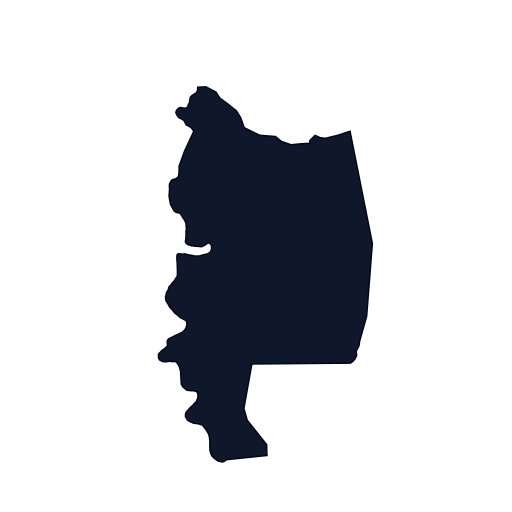 River Doree, Choiseul, Saint Lucia, rotated 147°
{"feature_id": "8701671B82289109634820", "entity_name": "River Doree", "entity_type": "district", "adm_level": 2, "iso_a3": "LCA", "parent_name": "Saint Lucia", "parent_adm1": "Choiseul", "projection": "orthographic", "projection_center": [-61.034, 13.767], "detail": "fine", "context": "isolated", "style": "filled", "palette": "ink", "viewbox_px": 512, "rotation_deg": 147, "n_neighbors": 0, "source": "geoboundaries", "source_scale": "gbopen_adm2", "svg_char_len": 3250}
<svg xmlns="http://www.w3.org/2000/svg" viewBox="0 0 512 512"><g transform="rotate(147 256 256)"><path d="M355.4,82.7L354.4,84.6L353.3,86.4L349.8,92.0L352.8,123.1L349.2,134.7L318.3,167.7L235.1,114.7L232.0,114.9L229.0,115.8L225.8,117.7L225.2,118.9L223.7,121.7L221.0,123.2L218.8,124.5L217.5,125.7L215.6,128.0L211.2,131.9L196.1,145.1L151.6,203.1L109.2,309.4L121.7,312.7L133.7,316.9L137.6,320.1L140.8,325.0L148.0,323.5L149.3,321.1L156.4,325.2L166.0,330.2L172.3,338.3L174.6,345.6L187.3,355.4L196.0,370.1L193.5,380.5L193.4,388.6L197.2,399.9L200.3,408.0L200.3,415.3L205.8,425.1L212.9,429.3L213.6,428.5L214.5,426.9L216.1,426.0L217.1,425.4L222.2,425.5L224.6,424.9L226.0,423.3L227.2,422.4L227.5,421.3L229.1,420.4L230.2,420.0L231.5,418.5L233.6,418.1L235.3,418.7L237.1,420.4L238.7,421.9L240.6,422.1L243.2,421.5L245.1,420.0L245.5,417.5L245.5,414.7L244.9,413.2L243.6,411.2L242.6,408.8L242.9,405.8L243.1,403.7L241.2,400.9L240.3,397.8L240.2,394.8L240.7,394.2L258.3,383.2L271.6,373.2L273.7,369.9L276.2,366.5L278.0,364.8L280.0,364.5L281.5,364.5L283.5,365.2L284.5,365.5L286.4,365.2L289.3,363.5L291.1,361.1L291.4,360.1L292.9,358.1L294.9,355.4L295.8,354.4L297.6,350.7L298.8,347.7L299.6,345.6L300.0,339.9L300.1,338.2L299.1,335.9L297.5,334.4L296.4,333.3L296.4,326.3L296.6,322.7L297.3,320.8L298.4,319.0L299.1,317.7L299.5,316.6L301.2,314.9L303.1,311.9L305.6,308.5L306.5,307.5L307.5,306.4L307.6,304.4L307.1,302.9L305.4,300.9L304.6,299.7L302.5,298.1L301.1,296.8L299.1,295.5L297.3,293.9L296.2,293.3L294.4,293.1L292.3,292.9L289.3,293.2L288.0,292.1L287.5,289.8L288.4,287.7L289.3,286.4L290.2,285.4L291.2,284.8L292.0,284.3L295.2,284.1L297.7,285.0L299.8,285.8L303.6,286.9L305.6,288.2L305.8,288.3L306.8,288.8L310.2,292.2L311.5,293.2L313.8,295.7L314.7,296.7L316.9,297.7L318.8,299.5L320.5,300.3L321.4,300.1L322.2,299.2L323.9,296.8L325.9,293.1L329.4,287.3L332.0,283.2L333.7,281.4L335.7,281.0L337.1,280.0L338.3,279.6L341.5,278.8L343.0,278.1L345.6,277.6L347.8,275.6L349.5,274.8L350.9,274.1L352.8,272.2L354.0,271.2L355.8,267.8L356.0,263.1L356.2,259.7L355.5,255.9L355.1,252.2L354.3,250.1L353.2,246.2L353.0,245.5L349.8,239.8L350.4,237.7L351.1,236.3L352.3,235.3L353.4,234.1L356.0,232.8L359.8,232.2L363.0,232.7L367.1,233.3L372.4,233.8L374.1,234.1L375.5,233.8L377.1,232.7L378.5,229.8L380.2,228.5L384.7,228.0L386.5,228.0L388.6,227.4L390.3,227.1L391.7,226.3L392.3,225.0L393.1,223.9L393.4,222.7L393.4,222.4L393.4,221.2L392.2,218.9L390.2,216.9L385.5,214.6L383.2,212.6L381.1,211.6L380.4,209.2L380.4,206.4L380.7,204.8L381.2,202.8L381.9,201.0L382.0,200.2L382.3,199.4L383.2,198.6L383.9,197.1L386.6,192.5L388.5,189.0L388.6,185.7L387.0,181.0L384.1,178.6L381.7,177.0L380.0,175.0L379.5,173.9L380.0,171.6L381.4,169.6L382.6,168.4L384.6,166.9L385.8,166.2L387.7,166.0L390.4,165.2L393.6,164.7L396.8,163.8L399.1,163.3L400.9,162.1L401.5,161.5L402.7,159.5L402.8,155.5L401.7,153.3L401.3,152.6L400.2,151.1L399.8,150.2L397.9,148.5L396.0,146.9L393.8,144.4L393.0,143.1L392.7,139.4L392.5,137.8L392.7,134.0L392.6,133.0L393.4,130.3L394.0,128.9L395.6,125.7L398.0,122.1L400.1,118.7L400.6,117.9L400.9,116.5L401.6,114.6L401.8,112.1L401.2,109.1L400.4,107.1L399.5,104.6L398.1,103.5L396.9,101.9L396.2,101.5L394.5,101.1L392.1,101.2L391.0,100.9L390.8,100.8L355.4,82.7Z" fill="#0f172a" stroke="#020617" stroke-width="1.5"/></g></svg>